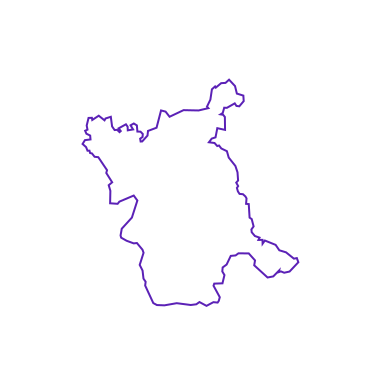 Shtip, Štip, North Macedonia (Robinson projection), rotated 37°
{"feature_id": "65306769B54195317631303", "entity_name": "Shtip", "entity_type": "district", "adm_level": 2, "iso_a3": "MKD", "parent_name": "North Macedonia", "parent_adm1": "Štip", "projection": "robinson", "projection_center": [22.163, 41.717], "detail": "fine", "context": "isolated", "style": "outline", "palette": "violet", "viewbox_px": 384, "rotation_deg": 37, "n_neighbors": 0, "source": "geoboundaries", "source_scale": "gbopen_adm2", "svg_char_len": 2162}
<svg xmlns="http://www.w3.org/2000/svg" viewBox="0 0 384 384"><g transform="rotate(37 192 192)"><path d="M75.7,219.5L80.4,219.9L83.7,221.9L85.2,220.7L87.2,222.2L88.9,221.4L93.0,222.5L96.2,220.6L111.0,225.7L112.1,228.4L122.4,232.3L121.4,236.7L126.1,240.2L133.4,250.3L139.7,246.2L139.8,243.4L147.6,229.9L153.5,231.7L159.4,248.6L158.0,263.6L161.1,269.7L162.9,271.1L169.1,270.3L176.4,268.1L178.7,265.9L187.2,267.9L189.9,269.7L194.1,281.7L199.8,284.5L205.4,290.4L209.0,291.6L210.9,294.9L227.9,304.0L232.0,303.4L238.2,299.1L246.7,290.0L259.0,283.0L263.0,279.1L264.2,275.4L272.1,274.2L275.4,267.1L279.0,264.9L278.9,262.8L277.5,259.3L265.6,253.9L264.9,251.8L271.3,246.6L267.9,238.8L264.0,237.2L261.9,233.8L263.3,229.1L261.4,219.7L265.0,216.4L266.0,213.0L274.3,206.9L283.5,208.7L285.8,213.1L303.8,214.8L307.7,210.5L308.8,202.2L309.5,203.8L310.8,201.9L314.2,201.0L317.8,196.8L319.2,184.1L315.5,181.7L313.5,183.9L303.4,183.6L296.8,186.0L290.6,183.9L279.4,186.9L279.5,190.8L277.1,187.8L273.9,190.3L273.4,187.8L268.7,189.3L263.9,188.2L262.0,186.2L261.9,182.4L256.0,177.7L253.4,177.8L244.6,167.5L242.3,168.9L239.4,164.3L237.3,163.4L234.0,163.1L231.1,164.9L228.3,163.9L225.4,161.7L225.3,159.5L221.7,157.9L221.9,155.1L216.5,148.9L211.0,145.1L200.6,142.4L195.3,138.4L189.2,139.6L185.6,138.6L184.5,140.1L180.5,139.3L175.6,142.1L175.6,137.5L177.9,134.2L173.8,125.8L181.0,122.5L173.1,112.3L170.4,111.6L168.1,112.8L169.0,110.4L167.0,105.3L169.2,103.8L172.8,95.5L175.7,96.5L178.2,95.1L178.6,88.3L175.0,84.1L168.6,86.4L162.6,81.5L154.0,80.0L153.1,84.7L149.8,87.5L148.2,94.3L146.9,93.8L146.1,98.0L151.1,107.2L152.6,114.8L154.6,115.2L148.2,122.9L136.0,131.7L128.8,145.4L122.5,143.7L118.2,145.5L125.0,162.0L120.1,169.7L122.5,173.7L121.8,181.6L120.6,182.6L118.5,180.6L119.4,177.8L117.8,175.3L114.6,174.8L112.0,176.6L107.9,172.0L104.3,172.3L102.8,175.7L107.3,177.5L103.6,181.4L101.3,178.6L98.5,177.7L95.1,185.3L98.4,186.2L98.1,187.8L94.8,187.4L92.9,189.1L88.7,187.7L81.9,180.8L78.7,185.3L79.0,187.4L71.6,187.2L69.0,194.5L67.4,193.0L64.8,195.1L67.9,202.3L71.0,205.1L69.8,207.4L72.6,209.0L76.7,208.2L79.3,211.1L75.3,215.0L75.7,219.5Z" fill="none" stroke="#5b21b6" stroke-width="2"/></g></svg>